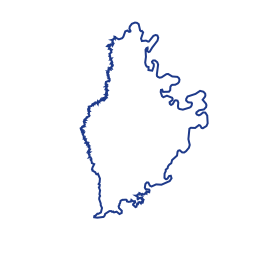 the district of Taraira, Vaupés, Colombia, rotated 216°
{"feature_id": "7082276B12935674193542", "entity_name": "Taraira", "entity_type": "district", "adm_level": 2, "iso_a3": "COL", "parent_name": "Colombia", "parent_adm1": "Vaupés", "projection": "natural_earth1", "projection_center": [-69.918, -0.672], "detail": "fine", "context": "isolated", "style": "outline", "palette": "blue", "viewbox_px": 256, "rotation_deg": 216, "n_neighbors": 0, "source": "geoboundaries", "source_scale": "gbopen_adm2", "svg_char_len": 5851}
<svg xmlns="http://www.w3.org/2000/svg" viewBox="0 0 256 256"><g transform="rotate(216 128 128)"><path d="M190.8,193.8L191.1,193.4L191.8,194.2L192.6,193.9L191.2,192.4L191.9,192.4L192.3,190.4L192.9,189.7L192.0,190.0L191.4,189.5L191.3,188.1L190.9,189.1L191.0,188.2L189.4,188.0L189.1,186.1L190.2,187.0L190.0,186.2L191.0,185.6L190.6,184.7L192.7,184.2L191.4,184.2L190.9,183.3L192.7,183.5L192.9,182.0L190.6,183.0L190.0,180.8L188.5,181.8L187.7,180.8L187.1,181.3L187.0,180.4L185.9,179.5L186.6,177.0L185.7,176.6L185.3,175.3L184.7,175.6L183.2,173.7L182.3,174.5L182.4,173.1L181.3,174.0L181.7,173.0L180.0,172.3L179.8,170.3L179.0,171.1L178.5,169.8L177.6,170.2L177.2,169.8L177.8,169.3L177.0,168.6L177.4,167.2L176.2,166.5L178.2,165.7L176.8,164.9L178.1,164.5L177.6,164.2L178.0,163.4L176.9,162.3L177.9,161.7L176.6,161.4L177.4,161.4L177.5,160.6L176.7,160.3L176.4,158.9L176.2,160.3L175.6,158.9L174.8,159.4L174.1,158.5L174.2,157.7L173.3,157.8L173.0,156.6L171.9,157.0L170.7,155.6L170.7,154.6L171.6,154.4L172.9,152.3L172.0,150.3L171.2,150.0L171.3,150.8L170.4,150.8L170.6,149.0L170.0,149.7L169.6,149.5L169.9,149.0L169.3,149.3L169.3,148.3L168.5,147.4L169.2,147.3L168.9,146.1L167.7,146.7L166.7,146.6L167.4,145.7L166.6,145.5L166.9,144.7L166.5,143.8L165.9,144.3L165.2,143.5L166.0,141.7L164.2,142.2L164.7,140.2L164.2,139.7L163.7,140.4L163.2,140.2L164.6,138.8L163.4,138.7L163.5,137.4L164.1,138.0L164.5,137.2L165.8,136.9L164.6,135.8L165.5,135.5L165.6,136.2L166.1,136.1L166.4,135.2L165.7,134.6L166.0,134.2L166.7,134.7L166.6,132.9L167.2,132.5L166.5,132.0L167.5,131.6L167.0,130.6L167.9,131.2L167.6,130.2L168.1,130.5L168.5,129.7L169.4,129.5L169.0,128.0L169.9,128.1L170.4,127.1L169.7,127.1L169.5,126.1L170.7,126.3L170.1,125.9L170.6,125.5L170.4,124.4L172.3,122.2L171.5,121.2L171.0,121.6L170.5,121.1L170.4,120.7L170.9,120.8L170.7,120.2L171.3,119.7L170.1,118.5L169.5,119.2L168.9,119.1L169.4,118.5L168.3,117.2L168.5,116.4L166.4,115.4L166.4,114.4L167.6,112.7L167.2,112.3L167.7,111.8L167.4,110.4L168.1,109.6L168.0,109.0L167.4,109.1L168.0,108.5L167.7,108.0L167.3,108.5L167.1,107.5L166.4,107.4L167.1,106.9L164.8,105.2L165.2,103.5L164.8,103.5L165.2,103.2L164.8,102.8L165.8,102.0L165.4,101.5L165.9,100.4L165.2,99.9L165.7,99.6L165.2,99.2L164.8,99.7L164.0,98.8L164.1,99.3L163.4,99.6L163.3,98.6L162.4,98.2L162.0,98.9L161.7,98.0L161.0,98.5L160.8,96.2L159.3,95.6L158.0,94.0L157.7,94.6L157.4,93.6L156.9,94.2L156.3,93.5L155.5,94.1L155.3,93.0L154.6,93.4L154.9,93.1L153.6,92.2L153.3,92.8L153.5,91.8L152.9,92.1L153.1,91.3L151.9,92.0L151.7,91.3L151.2,92.0L150.9,90.9L150.5,91.4L149.7,91.1L149.7,90.1L149.5,90.8L149.4,89.9L149.2,90.5L148.7,90.6L148.9,89.9L148.5,90.1L148.1,89.2L147.3,89.2L146.8,88.6L146.6,86.6L146.2,87.1L146.2,86.2L145.9,86.7L145.5,86.3L145.2,84.8L144.7,85.3L144.9,84.3L143.7,83.4L143.2,83.6L142.3,82.0L141.8,82.1L141.9,81.5L141.1,82.2L139.7,81.7L139.1,81.0L139.4,80.3L138.0,79.8L136.6,78.4L134.1,78.9L133.5,75.3L132.9,73.5L132.3,73.5L131.8,72.6L128.5,73.0L126.5,72.0L125.8,72.3L125.4,73.3L121.0,70.6L118.9,67.2L118.8,65.4L117.4,65.4L116.5,63.7L116.7,62.9L113.9,61.1L112.2,57.6L110.6,56.6L110.5,55.2L109.6,53.6L105.7,50.9L104.7,49.5L102.0,48.0L100.3,43.8L101.5,41.2L102.4,40.7L102.8,38.0L103.5,36.9L102.9,35.9L100.1,37.4L95.5,41.7L95.4,43.5L96.0,45.1L94.2,49.8L92.8,50.9L91.5,50.8L91.0,51.7L89.7,51.5L88.0,53.6L84.3,53.4L83.2,55.6L84.4,57.4L88.1,57.9L89.6,59.2L89.6,60.5L90.3,61.4L90.2,62.3L91.2,64.8L90.3,66.6L87.4,68.9L86.5,68.9L85.7,68.0L84.1,68.6L82.4,70.2L83.0,71.8L80.8,71.7L79.4,72.9L78.5,72.1L79.1,69.6L78.8,68.8L75.4,68.4L74.9,69.3L76.0,71.9L75.2,72.2L75.9,73.9L75.2,74.8L73.5,74.6L74.0,75.5L73.2,76.8L72.9,75.5L72.2,76.2L72.9,78.0L74.2,78.2L73.6,79.1L74.7,79.3L75.3,78.6L76.0,79.0L76.0,79.8L77.5,78.2L78.1,76.1L78.6,76.2L79.6,78.0L82.0,77.8L81.2,78.4L81.0,80.0L80.0,80.5L80.6,82.0L78.3,82.4L78.0,81.7L77.3,81.8L77.3,83.3L76.3,83.3L75.6,84.3L75.7,85.7L74.5,85.8L75.6,87.5L73.1,88.5L74.0,90.3L74.7,90.6L77.7,88.9L79.3,89.6L81.0,92.9L80.8,95.0L79.5,95.8L76.4,94.2L74.6,94.5L72.1,98.9L67.6,101.8L63.1,109.5L63.2,112.9L65.3,114.5L66.5,113.3L66.3,110.5L66.7,109.3L67.5,108.8L69.2,109.1L71.6,112.6L72.1,115.3L73.0,116.5L72.3,118.7L73.1,120.4L73.1,122.6L72.3,124.9L73.5,128.0L72.1,134.5L73.9,137.8L74.0,139.2L73.0,140.4L69.8,140.1L68.1,141.3L67.4,143.4L67.1,147.8L68.1,150.6L72.6,154.5L77.9,163.5L77.3,165.1L73.7,167.5L72.3,172.1L71.0,172.4L68.5,171.3L67.3,171.8L65.7,175.7L66.3,178.6L71.2,184.6L74.5,185.9L76.4,184.7L77.2,181.4L78.1,179.9L80.3,179.4L81.4,179.9L81.8,180.9L80.9,184.1L77.5,187.6L77.1,190.8L78.0,192.6L79.3,193.5L84.2,194.7L84.1,198.7L84.6,199.9L85.8,201.2L88.3,201.7L91.5,200.4L93.4,195.3L98.3,188.5L98.0,185.7L97.1,184.4L94.4,184.1L91.6,185.9L90.7,185.5L89.9,184.0L89.6,182.4L90.1,180.8L94.4,175.1L97.6,173.6L99.1,173.7L100.4,175.0L102.2,178.1L104.0,179.2L105.6,178.6L106.3,177.6L105.9,173.6L106.7,172.0L108.3,172.1L109.5,173.3L108.5,176.7L109.0,177.8L110.1,178.4L115.5,177.0L117.5,173.7L119.2,173.8L122.7,176.3L123.7,178.2L122.9,179.1L120.9,177.8L116.2,181.4L116.1,183.4L117.9,186.2L118.0,187.8L117.6,188.9L115.2,190.8L113.9,193.4L113.8,195.4L114.8,197.4L116.3,198.3L118.1,198.4L122.5,195.7L127.3,195.3L128.6,194.1L130.6,188.8L132.0,187.3L133.9,186.9L135.1,187.1L136.1,188.2L140.9,197.0L143.0,198.4L145.9,198.5L147.4,197.4L147.6,195.8L146.8,195.1L145.1,195.0L144.3,194.4L143.3,192.8L142.1,188.6L145.5,186.9L147.2,189.4L149.0,188.7L150.8,189.5L152.6,191.1L155.3,196.1L159.8,201.6L160.0,203.5L159.4,204.5L158.6,203.6L158.1,201.6L155.9,201.6L155.3,202.6L155.7,207.3L155.5,216.0L156.6,218.8L158.6,220.1L160.3,219.5L161.6,217.5L161.9,210.3L162.5,209.7L164.8,209.3L167.9,206.5L170.0,208.0L172.0,214.3L173.8,214.7L174.2,214.0L175.6,214.1L180.4,218.3L182.6,218.3L184.3,217.4L186.1,214.6L186.2,211.2L185.2,209.1L183.0,208.0L182.8,207.4L183.6,206.4L185.8,206.5L187.0,204.6L185.4,199.1L185.5,197.2L187.5,194.4L190.8,193.8Z" fill="none" stroke="#1e3a8a" stroke-width="2"/></g></svg>